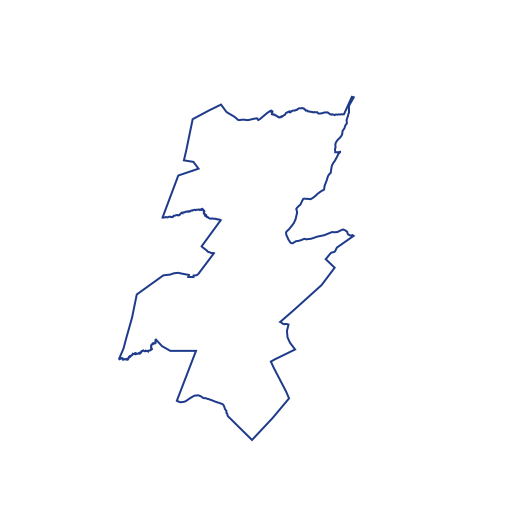 Ndola, Copperbelt, Zambia (Natural Earth projection), rotated 55°
{"feature_id": "96606910B76631115886164", "entity_name": "Ndola", "entity_type": "district", "adm_level": 2, "iso_a3": "ZMB", "parent_name": "Zambia", "parent_adm1": "Copperbelt", "projection": "natural_earth1", "projection_center": [28.528, -12.946], "detail": "fine", "context": "isolated", "style": "outline", "palette": "blue", "viewbox_px": 512, "rotation_deg": 55, "n_neighbors": 0, "source": "geoboundaries", "source_scale": "gbopen_adm2", "svg_char_len": 6135}
<svg xmlns="http://www.w3.org/2000/svg" viewBox="0 0 512 512"><g transform="rotate(55 256 256)"><path d="M107.6,229.4L129.9,253.0L136.3,260.2L143.0,253.3L151.5,253.0L145.5,273.5L170.9,310.5L171.3,310.2L172.6,307.2L173.4,306.7L173.7,306.0L173.9,304.9L174.6,303.7L175.2,303.5L175.6,302.8L176.1,302.4L176.0,301.8L176.3,301.2L176.2,300.9L175.9,300.6L175.9,300.1L176.4,299.3L177.0,297.4L177.6,296.5L178.1,296.5L178.3,296.3L178.6,295.2L178.0,293.6L178.0,292.6L178.5,292.1L178.1,292.0L178.0,291.6L178.5,291.1L178.8,290.1L179.1,289.9L179.3,289.2L179.3,288.5L179.6,288.3L179.6,287.7L180.3,286.7L180.3,286.4L180.7,286.2L180.8,285.4L181.3,285.4L181.7,284.1L181.5,283.8L181.6,283.4L181.6,282.9L182.2,282.4L182.3,281.3L182.6,281.0L182.6,280.6L183.0,279.6L183.9,279.1L184.1,277.9L184.7,277.1L184.8,276.7L185.3,276.3L185.4,276.0L186.1,275.7L186.2,275.4L185.8,275.2L186.0,274.8L186.9,274.4L187.2,274.0L187.0,273.6L186.5,273.7L186.4,273.5L186.5,273.1L186.9,273.2L187.2,272.8L187.9,272.8L188.7,272.6L188.9,272.8L189.4,272.8L189.7,272.6L189.9,272.7L189.8,273.3L191.0,274.2L192.2,273.8L192.5,273.9L192.4,274.2L193.0,274.1L193.1,274.4L193.6,274.5L193.8,274.0L194.1,274.5L194.6,274.2L194.7,273.7L196.0,273.9L196.3,273.2L197.4,273.1L199.0,272.2L199.8,271.3L200.0,270.4L200.4,269.9L201.1,269.5L202.2,267.9L203.0,267.4L203.2,266.9L204.1,266.5L204.6,265.6L206.1,264.4L206.4,264.3L216.9,295.0L217.9,294.9L221.8,293.6L223.6,293.1L224.5,293.1L225.3,292.8L225.6,292.4L226.9,291.5L228.0,290.9L228.9,289.4L229.6,288.9L237.7,313.8L237.7,315.6L237.5,316.1L236.2,318.4L237.4,319.3L234.3,323.5L233.1,321.8L227.0,327.7L225.2,329.3L223.2,332.9L222.3,335.6L222.1,336.8L218.7,343.0L219.1,375.7L235.4,392.9L248.8,409.3L254.2,415.7L255.8,417.6L261.7,427.1L262.3,427.0L262.3,426.6L262.4,426.4L262.3,426.1L262.4,424.8L262.9,424.3L263.1,424.7L263.6,424.2L263.8,424.2L263.9,424.4L264.6,424.5L264.8,424.1L264.8,423.8L265.0,423.6L264.9,423.1L265.3,422.8L265.5,422.3L265.9,422.1L266.0,421.4L266.6,421.4L266.9,420.8L267.3,420.6L267.0,419.6L266.4,419.5L266.4,418.3L266.0,418.0L266.2,417.6L265.8,417.5L265.6,416.8L265.8,416.3L266.2,416.5L266.2,416.3L265.9,416.1L265.9,415.4L266.2,415.2L266.2,414.8L265.5,413.1L266.0,413.0L266.2,412.4L266.2,411.9L266.4,412.0L266.7,411.7L266.5,410.6L267.1,410.6L267.2,410.2L267.6,410.4L267.7,409.7L268.4,408.7L268.3,407.7L268.8,407.1L268.6,406.8L268.6,406.6L269.0,406.5L269.4,406.7L269.4,406.3L268.7,405.3L268.8,404.8L268.4,404.6L268.4,404.0L268.6,403.6L268.5,403.1L268.7,402.4L269.7,402.2L270.2,401.8L270.4,401.4L270.3,400.7L270.9,400.5L271.3,399.5L272.4,399.1L272.1,398.5L272.1,397.8L272.6,397.0L272.4,396.1L272.7,395.7L272.7,395.1L272.1,395.2L271.9,394.4L271.0,394.5L270.3,394.2L270.0,393.6L269.2,393.3L268.6,392.0L268.7,391.5L268.9,391.5L269.1,391.1L268.8,390.5L268.4,390.1L268.6,389.9L268.8,390.1L268.9,389.9L269.2,389.9L269.3,389.2L269.7,388.8L269.7,388.3L269.0,387.7L268.6,387.6L267.6,387.0L267.2,386.6L267.1,385.9L275.9,384.7L284.6,380.6L299.3,359.6L329.2,403.9L330.6,403.2L330.9,402.8L331.8,402.4L332.6,401.6L334.3,398.3L334.6,396.6L334.7,390.2L335.1,386.6L336.7,383.7L337.2,383.0L339.1,381.8L340.0,381.3L341.3,381.0L342.4,380.4L343.5,378.8L345.5,377.5L345.7,377.2L348.4,375.2L351.5,373.2L357.9,368.5L359.3,368.1L361.4,368.5L363.6,369.2L366.0,369.1L367.4,370.2L368.8,370.1L370.2,370.7L371.1,370.9L404.4,364.8L398.2,335.2L391.6,310.6L384.4,309.1L358.5,305.7L351.0,304.4L351.5,299.6L355.0,277.6L346.4,277.9L340.6,276.8L335.1,273.6L330.8,268.7L329.4,269.8L328.4,271.1L328.2,271.9L327.5,272.5L326.3,273.1L324.5,273.6L323.9,274.0L322.0,256.0L317.4,218.9L310.7,198.3L298.6,200.7L296.5,193.2L296.5,192.3L297.6,189.5L297.5,188.7L295.5,184.9L295.5,164.5L294.2,165.0L293.9,166.1L293.2,167.1L291.0,168.2L290.3,168.1L288.4,167.4L286.4,168.1L284.6,169.2L284.1,169.7L283.4,173.1L283.3,174.6L282.9,175.8L281.6,178.1L280.0,180.0L278.1,188.2L275.4,194.4L273.5,200.9L271.7,204.2L271.3,205.2L270.0,206.1L269.6,206.8L268.7,210.6L267.9,212.7L266.8,214.8L266.6,218.5L265.8,219.7L264.7,220.1L261.2,220.0L255.9,219.0L254.8,218.4L253.9,217.8L253.5,216.9L253.0,213.5L250.8,206.2L248.5,202.4L244.2,197.6L242.9,196.8L240.6,196.1L240.2,195.2L239.5,192.3L239.5,190.6L239.3,190.0L237.4,186.7L236.3,184.5L236.8,183.5L239.3,180.4L239.9,179.5L240.7,178.9L240.9,177.7L241.0,174.9L240.8,172.1L240.5,171.2L240.3,167.9L240.3,164.7L240.6,163.5L240.6,162.1L237.9,159.6L234.8,155.0L232.0,151.4L231.4,150.1L231.0,148.9L230.8,147.2L226.5,143.1L225.3,141.7L224.0,139.1L223.3,136.9L220.9,132.1L219.6,130.0L219.2,127.6L218.9,127.4L218.4,128.7L216.5,131.6L213.9,130.1L212.6,128.5L210.8,127.5L209.5,126.4L208.8,125.3L208.2,123.8L207.7,122.3L207.3,119.7L206.7,117.5L205.9,115.8L203.1,113.2L202.2,110.5L200.2,107.8L199.6,105.7L198.2,104.7L197.0,104.1L196.3,103.5L193.9,100.2L192.6,98.8L191.8,97.5L186.8,94.1L185.9,92.9L182.1,84.9L180.6,86.1L190.3,102.6L189.7,103.9L189.0,104.5L188.4,105.9L187.5,106.9L186.9,108.3L185.9,109.3L185.7,110.8L184.6,111.4L184.4,111.8L183.9,112.0L183.6,112.9L183.3,112.9L182.5,114.0L180.0,114.7L179.3,115.1L178.8,116.2L178.5,116.3L177.6,117.7L177.5,118.5L176.4,121.2L175.3,123.0L174.6,123.3L173.3,123.4L172.7,124.4L171.7,125.5L171.5,126.3L170.7,126.9L170.6,127.3L169.9,127.7L169.6,128.1L168.5,129.3L167.7,129.7L167.4,130.5L166.4,130.7L165.7,131.2L165.5,131.7L164.5,131.6L164.4,131.9L163.3,132.3L162.5,132.2L161.2,133.5L160.8,134.6L160.0,135.5L159.6,136.5L159.5,137.3L159.8,138.8L159.3,139.3L159.3,140.3L159.0,141.0L158.5,141.5L157.8,143.2L158.0,145.5L157.8,145.8L156.8,145.5L156.6,145.8L156.6,146.9L156.3,147.5L156.3,148.2L156.1,148.7L156.1,149.6L156.9,151.1L156.7,153.4L156.8,154.5L156.4,154.6L156.2,155.2L156.6,155.6L156.6,156.1L156.1,156.5L156.0,157.1L155.8,157.6L155.0,157.7L154.7,158.2L154.4,158.3L152.7,158.8L152.6,159.0L152.0,159.3L151.7,159.7L151.0,159.6L150.7,160.2L149.5,160.8L149.5,161.4L149.0,161.7L148.0,160.5L147.0,160.9L146.8,160.8L146.8,159.6L146.6,159.6L146.0,160.1L145.7,160.1L145.3,161.4L145.3,165.1L146.1,174.4L145.9,176.2L143.8,176.2L142.6,178.5L140.1,184.7L137.0,188.2L134.9,192.0L134.2,192.6L133.7,192.8L132.5,193.0L129.3,193.9L122.8,196.9L120.9,197.6L111.9,197.8L109.8,211.1L107.6,229.4Z" fill="none" stroke="#1e3a8a" stroke-width="2"/></g></svg>